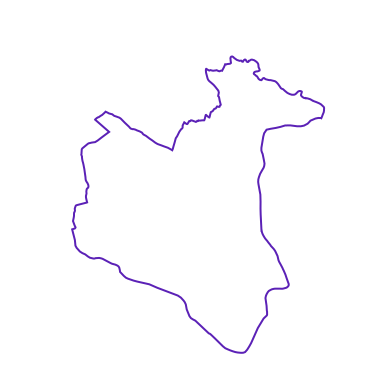 the district of Flandes, Tolima, Colombia, rotated 105°
{"feature_id": "7082276B85738842293141", "entity_name": "Flandes", "entity_type": "district", "adm_level": 2, "iso_a3": "COL", "parent_name": "Colombia", "parent_adm1": "Tolima", "projection": "albers", "projection_center": [-74.854, 4.24], "detail": "fine", "context": "isolated", "style": "outline", "palette": "violet", "viewbox_px": 384, "rotation_deg": 105, "n_neighbors": 0, "source": "geoboundaries", "source_scale": "gbopen_adm2", "svg_char_len": 5884}
<svg xmlns="http://www.w3.org/2000/svg" viewBox="0 0 384 384"><g transform="rotate(105 192 192)"><path d="M291.1,87.7L288.2,88.5L287.2,89.0L282.7,90.5L277.3,92.8L275.4,93.6L273.2,93.7L271.5,93.5L270.4,93.2L269.2,92.9L267.7,92.2L266.8,91.3L265.5,89.9L265.0,89.1L264.2,87.6L263.8,86.4L262.9,83.2L262.1,79.8L261.6,78.7L260.3,76.5L259.8,75.8L259.1,75.3L258.5,74.9L257.8,74.6L257.4,74.5L257.1,74.5L256.4,74.6L255.8,74.8L250.6,78.4L247.7,80.3L244.4,82.9L242.8,84.3L242.0,84.9L239.3,87.4L236.8,89.8L235.5,90.8L231.7,92.8L227.8,96.1L227.1,96.8L225.8,98.4L223.6,101.9L222.8,102.7L221.0,105.2L219.7,106.8L218.7,108.3L217.8,109.5L216.2,111.2L214.6,112.7L213.1,113.8L212.0,114.4L210.9,114.9L211.0,115.0L195.8,119.9L190.4,121.5L183.5,123.3L176.8,125.3L167.3,129.8L165.1,130.7L162.6,131.2L160.4,131.2L156.8,130.9L152.9,129.9L150.0,129.1L148.1,129.0L145.8,129.3L142.4,130.9L137.0,133.6L135.6,134.7L134.0,135.7L131.4,136.4L120.1,137.5L116.6,137.5L112.5,136.1L110.6,132.4L108.4,127.6L106.2,123.4L103.6,119.2L102.2,114.2L101.3,107.5L100.4,104.0L98.9,101.0L96.1,98.0L93.6,96.6L92.4,96.0L91.0,94.2L89.1,91.8L87.8,89.2L87.2,86.7L87.3,86.2L85.3,85.9L83.8,85.8L80.9,85.4L78.9,85.6L77.9,85.9L76.7,86.1L75.8,86.7L75.6,87.0L73.9,90.2L73.4,92.2L73.0,95.0L72.7,98.2L72.5,98.9L72.6,99.0L72.2,100.3L71.8,101.8L71.7,104.5L71.8,106.5L72.1,106.5L72.1,107.6L72.1,108.5L71.8,109.4L71.3,110.6L70.8,111.3L70.5,111.6L70.2,111.8L69.3,111.9L67.6,111.8L66.9,111.8L66.6,112.0L66.5,112.3L66.4,113.3L66.6,114.1L66.7,114.5L67.5,115.5L70.6,117.3L71.4,118.2L71.8,119.1L72.2,120.7L72.1,123.0L71.6,125.5L70.3,128.4L69.2,130.5L69.1,130.8L69.0,132.1L68.9,132.4L68.7,133.0L65.5,136.7L64.5,138.2L63.9,139.3L63.6,140.3L63.5,140.7L63.6,145.0L63.9,146.3L64.0,147.2L64.0,149.9L63.9,150.4L63.3,151.9L63.3,152.1L63.5,152.3L63.9,152.9L64.4,153.2L65.3,153.5L66.0,153.9L66.1,154.2L66.1,155.5L65.6,156.8L65.0,157.5L63.7,158.8L63.4,159.3L63.2,160.1L63.0,160.5L62.6,161.1L62.2,162.3L62.0,162.7L61.6,163.0L60.7,163.0L60.0,162.7L59.7,162.4L58.9,161.1L58.6,160.1L58.0,159.1L57.5,158.5L57.2,158.2L56.8,158.2L56.2,158.4L55.3,159.1L54.2,160.0L51.8,160.9L51.1,161.3L50.6,161.8L50.0,162.6L49.6,163.4L49.1,164.6L48.6,166.2L48.6,167.3L48.6,168.3L48.8,168.9L49.1,169.4L50.4,170.5L50.7,170.9L50.7,171.1L51.5,171.2L51.7,171.3L52.0,171.7L52.0,172.1L51.9,172.9L51.3,173.4L50.4,174.4L50.3,175.1L51.2,176.0L53.0,176.6L53.1,177.3L52.4,178.2L52.5,178.9L53.0,180.0L52.8,182.9L51.6,186.0L50.9,187.2L50.7,188.3L51.1,189.1L51.8,189.5L52.9,189.5L55.6,188.5L56.8,187.9L57.4,187.8L58.1,188.3L58.5,189.0L59.4,191.3L60.0,192.0L60.0,193.0L63.0,193.4L67.1,194.3L67.1,194.9L67.3,195.4L67.7,196.0L68.1,196.4L68.3,196.8L68.3,197.3L68.3,197.9L68.1,198.9L68.0,199.8L68.4,200.5L69.4,203.0L69.5,204.0L69.5,205.8L70.2,206.7L70.1,207.6L69.6,209.3L69.3,209.9L69.4,210.2L69.7,210.3L70.9,210.1L73.1,209.3L78.2,206.4L79.0,205.8L79.7,205.1L80.5,203.9L81.6,201.5L82.9,198.9L84.3,196.8L87.3,192.8L89.0,191.8L92.5,191.6L93.3,190.5L96.8,188.8L100.3,186.8L101.4,187.4L102.4,187.4L102.7,187.7L102.8,188.1L102.9,188.7L102.8,189.7L102.9,190.0L103.2,190.1L104.4,190.4L105.1,190.7L105.4,191.0L105.7,191.6L105.9,191.9L106.6,192.3L108.0,192.7L109.1,193.5L109.9,194.4L110.2,194.5L111.7,194.5L113.2,194.5L114.6,194.4L115.5,194.5L115.5,195.0L114.8,196.7L114.0,198.2L113.9,198.4L114.0,198.6L114.3,198.7L118.1,198.6L119.4,198.7L119.6,198.8L120.2,200.9L120.6,201.8L121.0,202.9L121.2,203.7L121.2,204.3L121.9,204.5L122.0,204.7L122.0,205.4L122.2,205.5L122.8,205.8L123.3,206.4L123.2,206.9L123.1,208.7L122.9,210.4L123.0,211.5L123.8,211.9L124.1,212.2L124.2,212.4L124.1,212.8L124.3,213.1L127.2,213.9L127.6,214.2L127.7,214.9L126.7,217.5L130.0,218.2L130.5,218.2L131.9,217.8L132.5,217.8L133.0,217.9L133.4,218.1L133.9,218.6L134.6,218.9L137.0,219.8L142.0,220.8L144.3,221.6L148.3,221.6L152.5,221.7L155.4,221.7L156.8,221.9L156.3,223.5L155.5,226.8L155.2,230.8L154.9,233.6L154.6,237.3L154.3,238.7L153.8,240.4L152.5,243.6L151.4,246.8L149.7,250.9L149.0,253.8L148.5,254.6L147.9,255.3L147.6,255.7L147.0,258.2L146.7,261.4L146.4,262.7L146.4,264.8L146.7,265.7L146.6,267.5L146.3,268.2L145.2,269.8L142.5,274.8L139.6,279.7L139.0,281.4L138.7,284.6L138.6,286.6L138.3,287.6L137.6,289.0L137.6,292.4L137.2,294.0L136.8,296.3L137.5,296.6L140.8,298.7L142.0,299.9L143.9,301.5L144.1,302.0L145.2,303.1L146.8,304.2L147.2,304.3L155.4,287.6L157.9,289.6L163.1,293.7L164.7,294.9L166.9,296.6L167.6,297.3L168.6,298.2L168.9,298.5L170.2,301.6L171.3,303.6L171.5,304.1L172.3,305.0L178.2,309.2L179.1,309.5L179.5,309.5L182.5,308.9L183.4,308.7L184.1,308.6L184.6,308.6L184.9,308.4L186.1,307.5L187.5,307.1L188.1,306.8L189.1,306.4L190.7,305.6L191.8,304.9L193.7,303.9L197.8,301.9L205.1,298.8L207.1,298.1L208.5,297.4L209.1,296.7L209.9,296.0L210.4,295.3L211.9,294.1L213.2,293.5L214.1,293.4L214.6,293.4L215.3,293.9L215.8,294.2L216.4,294.4L217.1,294.4L218.8,294.2L220.8,293.5L223.3,293.4L224.7,293.0L226.5,292.1L229.2,290.6L229.5,291.0L234.5,299.9L235.2,300.7L236.9,300.9L237.9,300.9L238.6,300.9L240.0,300.3L241.4,300.2L241.8,300.4L242.7,300.5L243.7,300.3L245.6,299.8L247.5,299.6L250.9,299.4L255.0,296.5L256.2,295.4L256.5,295.3L257.1,295.5L257.5,295.7L259.1,298.1L268.7,292.7L274.0,290.7L275.8,289.0L278.5,284.9L279.4,282.1L279.9,279.0L281.2,275.9L281.9,273.6L281.8,270.0L281.4,268.7L280.9,268.1L279.7,264.6L279.6,262.5L279.7,261.0L281.8,251.9L282.0,250.6L282.0,247.2L282.4,244.9L283.0,243.6L283.9,242.7L286.1,241.5L287.8,240.8L290.7,236.1L291.9,233.6L292.3,231.4L292.7,225.5L292.7,221.8L292.2,209.4L293.0,204.1L293.5,200.8L295.7,178.9L296.9,175.4L299.0,172.1L300.3,170.5L302.2,168.9L306.8,166.7L312.6,162.3L314.1,160.4L314.8,158.2L315.4,155.5L324.2,139.2L324.3,138.2L324.4,137.8L324.8,136.9L327.7,131.6L333.0,122.3L334.3,119.4L334.7,116.9L335.1,113.9L335.3,111.4L335.4,108.8L335.2,106.2L334.6,102.8L334.0,100.9L332.9,99.3L330.1,97.9L326.6,96.8L322.7,95.8L318.4,95.1L306.4,93.2L295.7,90.1L291.9,87.8L291.1,87.7Z" fill="none" stroke="#5b21b6" stroke-width="2"/></g></svg>